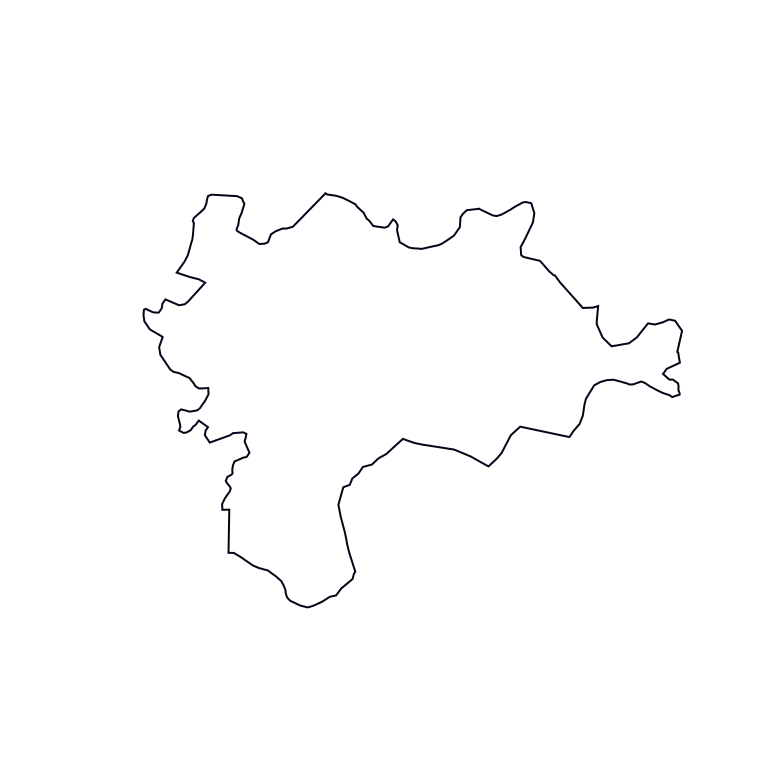 Kafr Saqr, Ash Sharqiyah, Egypt (Albers equal-area conic projection), rotated 214°
{"feature_id": "37247803B80912790531935", "entity_name": "Kafr Saqr", "entity_type": "district", "adm_level": 2, "iso_a3": "EGY", "parent_name": "Egypt", "parent_adm1": "Ash Sharqiyah", "projection": "albers", "projection_center": [31.663, 30.836], "detail": "fine", "context": "isolated", "style": "outline", "palette": "ink", "viewbox_px": 768, "rotation_deg": 214, "n_neighbors": 0, "source": "geoboundaries", "source_scale": "gbopen_adm2", "svg_char_len": 4246}
<svg xmlns="http://www.w3.org/2000/svg" viewBox="0 0 768 768"><g transform="rotate(214 384 384)"><path d="M631.5,411.0L625.5,400.3L623.5,396.1L622.6,392.9L618.7,381.3L617.8,374.0L618.1,360.4L615.6,361.1L604.5,364.2L596.2,367.2L591.1,367.8L588.9,368.0L592.5,343.0L593.7,338.8L597.9,334.7L612.5,331.9L612.6,326.7L610.6,322.5L610.7,317.2L613.8,315.2L615.9,314.2L623.7,313.0L624.5,311.4L623.5,309.3L621.5,306.1L617.5,301.8L614.4,300.7L609.3,298.5L607.2,298.4L595.8,299.2L593.7,299.1L591.8,291.7L590.9,288.6L588.6,286.2L587.8,285.4L585.8,283.2L569.4,276.5L565.2,276.4L560.0,278.4L553.8,279.3L548.6,280.2L541.4,277.9L539.3,276.8L537.3,276.8L535.2,276.7L532.1,278.8L527.5,282.4L523.8,277.5L522.9,270.1L523.0,266.0L523.1,260.7L524.2,257.6L527.4,254.5L529.5,252.5L537.9,249.6L539.0,246.4L538.5,245.4L537.0,242.2L530.9,236.8L528.9,234.7L527.9,230.8L522.7,231.4L520.6,233.4L518.4,237.6L518.4,241.7L517.3,244.9L517.1,250.1L505.8,249.8L505.8,245.6L503.9,241.4L495.7,238.0L482.9,255.5L481.8,258.7L473.7,265.2L472.9,265.3L470.2,265.7L469.2,263.6L467.3,258.3L462.2,255.0L457.1,251.8L457.1,247.9L457.2,246.5L459.3,244.5L464.6,236.2L463.7,232.0L461.7,227.8L459.7,225.6L459.7,223.5L461.9,219.4L461.0,215.2L458.9,214.1L454.8,212.9L452.7,211.8L451.8,208.7L452.0,200.3L451.1,194.0L447.6,189.3L444.4,191.6L442.0,193.3L418.5,157.1L414.0,160.0L413.0,160.0L408.5,160.3L403.1,160.5L402.3,160.3L393.0,160.3L390.6,160.3L384.8,161.5L378.6,163.6L375.5,164.6L373.0,164.3L365.8,164.1L358.8,163.1L356.9,162.1L354.3,160.7L350.5,158.1L348.5,155.6L344.9,152.8L340.4,151.8L338.9,152.1L329.4,153.5L325.7,154.9L323.0,155.8L321.8,156.7L318.6,160.6L313.6,168.8L310.3,176.4L309.6,177.7L305.5,181.9L305.2,188.3L305.1,190.6L302.3,200.2L301.0,204.8L302.7,209.5L302.8,210.5L302.8,212.3L318.1,224.4L324.5,230.1L327.0,232.7L329.9,235.6L332.7,238.4L337.1,242.3L344.8,249.0L345.6,249.7L354.3,258.4L357.6,268.3L360.0,275.7L356.0,281.2L357.4,288.1L355.1,295.5L355.1,303.4L348.9,310.6L347.3,318.1L346.8,319.6L345.7,321.9L343.0,327.1L342.4,329.3L340.6,337.1L337.6,349.1L334.2,349.9L326.3,352.0L324.7,352.6L317.8,355.4L317.0,355.8L309.8,359.2L300.0,363.8L289.3,368.8L282.2,370.3L271.5,372.4L260.4,373.3L252.4,374.0L251.3,374.1L248.8,385.0L248.7,385.8L247.9,392.4L248.0,393.4L250.2,412.3L248.8,418.4L247.2,424.8L200.6,443.7L200.6,450.9L199.5,460.3L201.4,468.7L203.4,473.0L206.4,479.3L208.3,484.6L209.0,500.4L205.8,506.6L204.8,507.8L201.5,511.7L196.3,515.8L191.0,517.7L181.7,520.7L180.6,520.6L177.5,522.7L172.1,529.9L168.0,530.8L164.2,530.7L162.8,530.7L154.5,531.5L148.2,532.4L141.0,534.4L137.8,534.3L133.0,540.5L133.6,541.5L136.6,543.7L138.6,546.9L140.6,549.0L144.8,549.1L146.9,549.2L150.0,547.2L158.3,548.4L158.1,554.7L150.6,567.1L153.9,570.5L157.7,574.6L158.8,574.6L166.6,594.7L177.9,599.2L183.2,597.2L184.2,596.2L187.4,591.0L192.7,584.8L199.0,581.9L199.6,574.8L200.4,564.1L203.7,554.7L207.6,551.0L212.2,546.5L216.4,542.5L228.8,544.8L241.1,552.5L243.1,555.7L248.6,565.7L250.1,568.4L253.3,564.3L257.5,561.3L261.7,558.2L272.9,561.1L275.0,561.6L278.0,562.4L294.6,566.6L303.0,569.6L304.3,569.0L306.2,569.3L310.1,569.8L312.7,570.5L323.5,573.3L327.3,571.9L339.2,567.4L342.3,567.5L347.3,573.9L348.2,583.3L350.9,601.2L354.9,609.7L363.0,616.2L368.2,614.2L370.4,612.2L374.7,603.9L376.9,598.7L381.2,590.4L384.4,586.3L388.0,584.6L402.1,582.5L403.1,582.6L404.2,581.5L412.6,574.4L413.7,569.2L413.8,565.0L411.2,560.5L408.8,556.5L409.0,546.0L412.3,537.7L414.5,532.5L416.6,529.4L419.9,526.0L428.3,517.1L432.8,514.6L435.9,512.7L439.8,511.1L447.1,510.6L450.2,510.3L454.0,513.9L459.3,518.9L461.3,523.2L465.4,525.4L466.7,525.4L467.5,525.4L468.5,525.5L468.6,523.4L468.7,517.1L470.8,514.0L475.1,511.9L481.3,509.0L484.4,510.1L488.5,511.3L490.6,511.3L492.6,512.4L494.7,513.5L496.7,514.6L505.0,515.8L508.1,517.0L516.4,516.1L522.6,515.2L528.9,513.3L537.2,509.3L539.3,509.3L539.3,508.3L543.3,486.4L547.5,463.4L551.8,458.3L554.9,456.3L559.2,450.1L561.4,444.9L560.4,440.7L559.5,436.5L561.6,433.4L565.8,430.3L568.9,430.4L573.1,430.5L588.7,428.8L591.8,428.9L592.8,429.9L593.7,434.2L596.7,440.5L597.6,445.8L600.5,455.3L602.6,456.4L603.3,456.9L605.6,458.5L610.8,457.6L632.9,444.5L635.0,441.4L634.0,438.3L632.1,434.0L631.1,428.8L632.3,423.6L634.5,415.2L633.6,412.1L631.5,411.0Z" fill="none" stroke="#020617" stroke-width="2"/></g></svg>